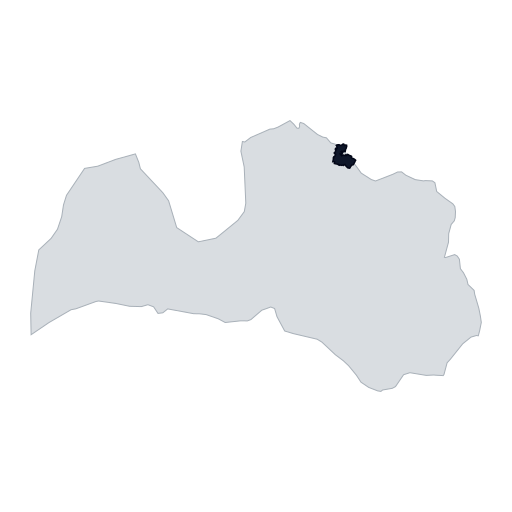 Valkas pag., Valkas, Latvia shown in context
{"feature_id": "27541924B2692398092929", "entity_name": "Valkas pag.", "entity_type": "district", "adm_level": 2, "iso_a3": "LVA", "parent_name": "Latvia", "parent_adm1": "Valkas", "projection": "orthographic", "projection_center": [26.01, 57.752], "detail": "fine", "context": "in_parent", "style": "filled", "palette": "ink", "viewbox_px": 512, "rotation_deg": 0, "n_neighbors": 0, "source": "geoboundaries", "source_scale": "gbopen_adm2", "svg_char_len": 5134}
<svg xmlns="http://www.w3.org/2000/svg" viewBox="0 0 512 512"><path d="M380.9,391.4L377.7,390.9L368.7,387.4L361.0,382.2L356.4,375.2L348.6,365.7L343.4,360.8L335.3,354.7L321.9,342.1L317.1,339.2L293.3,333.6L284.7,331.0L277.0,316.7L274.6,308.5L270.7,307.0L266.4,308.6L261.8,310.2L250.9,319.6L247.4,320.9L240.8,320.8L225.2,322.5L218.3,318.8L206.2,314.6L199.6,313.8L193.7,313.7L167.7,308.9L162.8,312.8L158.0,313.4L153.6,306.8L147.9,304.7L141.4,306.6L129.7,306.3L116.1,303.5L98.6,301.0L95.9,301.5L75.9,308.8L71.1,309.7L48.9,322.6L31.1,334.7L30.7,313.2L34.8,270.8L38.8,249.9L51.1,238.4L57.5,229.2L61.7,216.7L63.5,204.9L66.5,195.3L84.6,168.4L97.7,166.2L115.6,159.4L135.4,153.9L138.8,162.4L140.4,168.8L162.9,192.8L168.6,200.8L176.7,227.6L198.3,241.8L215.9,238.2L223.7,231.9L237.9,220.3L244.3,211.6L245.8,203.2L244.2,167.0L240.9,151.2L242.4,141.5L244.8,142.0L250.7,137.5L269.9,129.1L273.6,128.8L278.0,127.1L290.0,120.6L293.8,124.2L297.0,128.2L298.8,128.3L299.6,126.8L299.4,124.2L300.3,122.4L303.7,123.5L317.5,134.5L322.8,137.1L326.4,137.8L330.8,142.9L342.6,146.4L344.1,149.0L345.0,152.3L356.2,166.2L361.2,173.1L371.2,179.5L375.5,181.0L392.8,174.3L397.6,172.0L401.6,171.9L405.8,175.2L415.1,179.6L423.6,180.9L425.2,180.6L432.3,180.9L434.9,182.7L436.7,191.5L445.0,198.3L452.8,203.8L454.8,206.5L455.5,211.6L455.2,217.6L454.3,220.8L451.2,224.4L448.7,233.6L448.5,242.2L444.4,257.3L445.4,257.6L454.7,254.6L457.3,256.1L459.4,259.3L460.4,268.7L463.5,272.8L466.8,279.3L468.0,284.5L474.1,290.4L474.7,294.3L478.8,308.2L480.4,316.2L481.3,322.4L479.7,330.4L478.3,335.8L476.4,335.5L471.0,337.1L462.7,343.8L450.3,359.3L447.1,362.8L444.0,374.4L443.2,375.6L435.8,375.2L433.7,375.0L426.3,375.4L409.9,372.7L403.6,374.7L395.5,386.6L392.3,388.3L382.6,390.0L380.9,391.4Z" fill="#d9dde1" stroke="#a8b0b8" stroke-width="1"/><path d="M334.6,163.0L334.4,163.5L335.2,163.7L335.6,163.8L336.7,164.0L337.4,164.2L337.5,164.2L338.9,164.5L338.7,165.0L339.4,165.2L339.4,164.9L339.8,164.9L340.6,165.1L341.9,165.4L342.0,165.3L342.0,165.2L342.4,165.1L342.5,165.1L343.1,165.2L343.3,165.2L343.4,165.3L343.5,165.4L343.7,165.2L343.8,165.1L343.9,164.9L343.8,164.7L344.1,164.5L344.3,164.5L344.6,164.5L344.8,164.6L345.0,164.5L345.2,165.2L345.3,165.3L346.6,166.7L346.9,167.0L347.4,167.5L347.5,167.6L347.8,167.7L347.9,167.9L349.5,168.2L350.0,167.9L350.5,166.7L350.9,166.3L351.6,165.1L352.8,164.9L353.4,164.6L353.5,164.4L353.5,164.1L353.8,163.7L354.0,163.4L354.1,163.2L354.2,162.9L354.3,162.9L354.5,162.6L355.2,161.0L355.6,160.3L355.4,160.2L355.1,159.8L355.1,159.7L354.8,159.5L354.7,159.5L354.5,159.4L354.4,159.3L354.2,159.2L354.0,158.9L353.9,158.9L353.6,158.7L353.4,158.6L351.8,158.2L351.7,158.1L351.7,157.9L351.6,157.7L351.4,157.6L351.5,157.4L351.5,157.2L351.7,156.9L351.6,156.6L351.4,156.3L351.4,156.2L350.6,155.8L350.4,155.7L350.0,155.7L349.7,155.6L349.4,155.4L349.1,155.2L348.8,155.1L348.5,154.8L348.2,154.6L347.9,154.5L347.7,154.6L347.4,154.4L347.0,154.7L346.7,155.1L346.2,155.0L346.5,155.5L346.4,155.6L346.1,155.6L345.7,155.5L345.3,155.6L344.9,155.5L344.6,155.5L344.6,155.4L343.8,155.2L343.7,155.2L343.4,155.3L343.3,155.2L343.1,155.4L342.9,155.4L342.8,155.2L342.2,155.5L341.8,155.8L341.6,155.4L341.3,155.3L341.0,155.0L340.8,154.7L340.7,154.6L340.5,154.4L340.4,154.4L340.2,154.0L340.4,154.0L340.5,154.0L340.6,153.9L340.9,154.1L341.0,154.1L341.2,154.3L341.3,154.2L341.5,154.2L341.8,154.0L342.0,153.9L342.2,153.7L342.2,153.3L342.1,153.0L341.9,152.9L341.8,152.7L342.3,152.3L342.3,152.2L342.2,152.2L341.6,152.0L341.3,151.9L341.5,151.8L341.6,151.7L341.8,151.8L342.0,151.6L341.9,151.6L341.7,151.5L341.7,151.4L341.4,151.2L341.2,151.2L341.1,150.9L341.2,151.0L341.3,151.0L341.5,151.1L342.0,151.2L342.0,151.6L342.3,151.8L342.3,151.7L342.5,151.7L342.5,151.8L342.6,151.7L342.8,151.7L342.9,151.8L343.0,151.8L343.1,152.0L343.4,151.5L343.5,151.4L343.6,151.0L343.9,150.8L344.0,150.8L344.2,151.5L344.3,151.6L344.5,151.5L344.7,151.3L345.0,151.0L344.9,151.3L345.2,151.4L345.2,151.1L345.3,150.8L345.3,150.7L345.5,150.0L345.5,149.7L345.6,149.3L345.7,149.1L345.8,148.9L346.0,148.6L346.2,148.2L346.3,147.6L346.4,147.4L346.5,147.2L346.5,146.9L346.7,146.6L346.7,146.4L346.7,145.9L346.6,145.7L346.6,145.2L345.3,145.0L344.4,145.5L344.0,144.5L343.8,144.1L343.1,144.0L342.1,144.8L340.9,145.5L339.9,145.1L339.0,144.7L337.9,144.8L336.9,145.0L336.4,145.4L336.7,145.6L336.8,146.0L336.8,146.5L337.0,146.9L337.0,147.1L336.9,147.6L337.0,148.0L336.9,148.0L336.6,148.0L336.4,148.1L336.2,148.2L335.9,148.2L335.6,148.4L335.5,148.6L335.4,148.9L335.5,148.9L335.5,149.0L335.6,149.3L335.7,149.5L335.9,149.6L336.0,149.6L336.0,149.4L336.3,149.4L336.4,149.6L336.2,149.8L335.9,149.8L335.7,149.9L335.7,150.1L335.8,150.1L335.8,150.6L335.7,150.7L335.4,151.2L335.4,151.3L335.3,151.5L335.4,152.0L334.6,152.7L334.2,153.0L334.6,153.6L334.8,153.6L335.2,153.7L335.7,154.4L335.7,154.5L335.4,154.9L335.2,155.1L335.3,155.4L335.0,156.0L334.8,156.1L334.8,156.3L334.5,156.4L333.9,156.7L333.7,156.9L333.7,157.0L333.8,157.3L333.3,157.9L333.6,158.1L333.4,159.0L332.9,161.3L332.8,161.7L333.0,161.7L333.3,161.6L333.5,161.6L333.8,161.7L334.0,161.7L334.3,161.7L334.6,161.7L334.5,162.7L334.6,163.0Z" fill="#0f172a" stroke="#020617" stroke-width="1.5"/></svg>